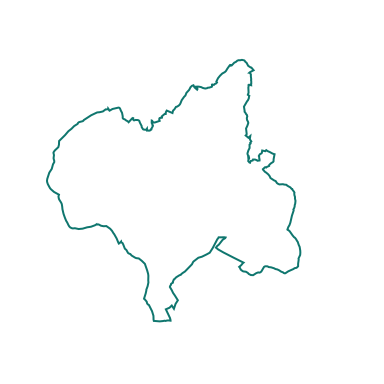 SIC, Cluj, Romania, rotated 325°
{"feature_id": "2599482B87199610196685", "entity_name": "SIC", "entity_type": "district", "adm_level": 2, "iso_a3": "ROU", "parent_name": "Romania", "parent_adm1": "Cluj", "projection": "mercator", "projection_center": [23.908, 46.924], "detail": "fine", "context": "isolated", "style": "outline", "palette": "teal", "viewbox_px": 384, "rotation_deg": 325, "n_neighbors": 0, "source": "geoboundaries", "source_scale": "gbopen_adm2", "svg_char_len": 6020}
<svg xmlns="http://www.w3.org/2000/svg" viewBox="0 0 384 384"><g transform="rotate(325 192 192)"><path d="M275.6,251.2L275.7,250.1L275.6,247.4L275.8,247.0L275.4,246.6L275.2,244.6L274.2,242.6L273.6,241.2L273.5,240.3L271.6,238.6L271.0,237.8L267.9,235.9L267.0,234.3L266.7,233.2L266.8,231.0L266.0,229.8L264.3,225.6L264.7,223.6L264.6,221.4L263.9,218.7L263.3,217.2L263.0,214.3L263.1,214.0L266.0,213.6L266.3,213.7L266.8,214.5L267.8,214.4L270.1,214.9L270.5,214.3L271.0,214.1L272.9,213.8L275.7,213.9L276.3,213.7L277.8,211.8L281.3,208.4L280.6,207.6L279.8,206.3L278.7,204.0L277.3,201.7L276.8,200.3L275.4,200.6L273.3,198.3L271.8,199.9L271.1,200.2L269.2,200.0L267.4,200.8L267.3,201.0L267.3,201.6L266.4,202.9L266.2,203.8L265.4,204.9L263.5,203.9L263.4,203.2L262.2,201.5L260.6,200.4L259.8,201.0L257.9,200.3L256.8,200.9L256.4,201.3L256.0,200.9L255.8,198.9L256.7,198.0L258.2,197.1L258.7,195.9L257.9,196.0L258.8,194.4L259.3,192.6L259.8,192.0L262.0,190.3L264.4,189.0L266.3,186.2L267.8,185.9L267.9,185.1L269.6,184.6L269.6,182.6L269.9,181.6L271.8,179.6L269.3,179.9L268.4,176.5L269.6,176.3L270.2,175.6L272.7,171.0L275.3,169.5L277.5,167.9L277.9,167.4L278.2,166.4L278.4,164.7L278.6,164.2L279.3,162.9L280.7,161.7L281.2,160.1L281.0,159.3L281.2,157.7L281.1,156.4L281.6,155.8L283.5,151.9L289.3,149.2L290.3,149.0L292.2,147.9L293.5,146.5L294.1,146.1L293.5,144.4L295.3,143.1L298.1,138.7L299.0,137.9L299.6,136.8L300.2,136.8L301.7,138.5L302.5,137.2L302.8,137.1L304.3,134.9L304.5,134.2L305.2,133.6L306.5,131.1L307.7,129.4L307.7,127.6L307.3,127.2L308.0,127.1L312.3,127.6L312.0,124.1L311.5,123.7L310.4,120.9L310.8,117.4L310.4,116.1L310.4,114.5L310.3,114.2L308.7,112.4L307.0,111.7L305.8,110.8L304.5,110.4L302.6,110.6L300.8,110.3L297.1,111.1L296.4,110.8L296.7,110.3L296.1,109.8L295.2,110.0L291.8,111.2L289.1,112.4L287.6,112.6L284.7,112.3L281.7,112.8L278.6,113.7L275.3,115.5L275.3,116.6L273.9,116.9L272.7,116.6L271.4,116.8L270.2,115.5L269.8,115.6L269.6,116.0L270.1,116.1L270.0,116.3L268.5,117.2L265.8,116.3L264.9,115.7L263.9,115.6L262.3,114.9L261.5,114.1L260.5,112.9L259.7,111.4L258.5,110.1L257.4,109.1L255.8,108.1L255.6,109.1L255.8,109.9L255.4,110.2L255.5,110.8L254.9,111.1L254.1,107.9L254.1,107.2L254.4,105.4L252.9,105.0L250.9,105.3L248.3,106.7L244.3,107.6L241.9,109.2L240.1,109.5L236.2,110.9L233.3,112.8L232.3,113.3L230.7,113.6L228.7,113.5L227.7,113.1L224.7,114.3L223.8,114.3L223.0,114.6L221.3,116.1L218.0,110.8L216.4,111.6L215.2,113.0L214.4,112.4L210.9,112.7L210.5,112.8L210.3,113.6L210.0,113.9L208.0,112.9L207.5,113.0L206.9,113.6L206.3,115.2L201.3,113.7L200.1,112.6L200.2,110.7L200.0,110.4L198.6,112.3L198.6,113.5L198.0,114.2L198.2,115.0L197.8,115.5L195.3,116.8L194.0,117.2L194.1,117.5L192.8,117.5L191.9,117.1L191.8,116.8L190.4,115.9L191.4,114.3L190.3,114.7L189.8,114.5L188.4,113.3L187.9,112.6L188.0,110.0L188.6,109.0L189.1,105.3L189.6,103.6L189.4,102.7L188.9,102.0L187.1,100.6L185.6,100.1L185.5,99.7L185.3,99.1L185.4,98.8L186.7,97.2L185.8,97.6L185.2,97.7L185.0,97.4L180.1,98.5L180.0,97.5L179.6,96.6L179.0,95.4L178.7,94.2L177.7,92.6L177.7,91.6L178.7,90.2L180.1,87.0L180.4,84.5L180.9,82.4L180.8,81.4L180.2,80.7L174.5,78.4L171.1,78.1L171.0,77.4L171.2,76.3L171.2,75.5L170.9,75.8L169.7,75.6L168.7,74.8L165.2,74.9L162.2,73.7L159.9,72.4L153.4,71.3L144.6,71.0L143.9,71.3L143.1,71.3L139.6,70.0L138.5,70.0L137.3,70.6L133.3,70.4L129.5,71.1L125.6,71.3L120.6,72.6L112.4,74.0L110.1,77.0L108.2,78.6L103.4,79.3L101.3,80.1L100.9,80.6L100.1,82.6L98.0,84.9L97.6,85.8L97.0,87.5L96.3,88.5L94.0,89.6L90.4,92.6L86.2,94.3L81.0,98.2L79.6,99.7L79.0,100.9L78.4,102.9L77.9,107.2L78.0,108.8L79.0,112.8L81.5,117.9L80.1,119.0L79.3,120.6L78.9,121.9L78.7,125.7L78.4,127.2L77.3,129.5L76.0,131.8L74.2,136.3L73.1,140.3L72.4,143.4L72.3,145.3L71.8,148.3L71.7,149.8L71.9,151.1L72.7,152.6L73.5,153.5L75.3,154.5L78.0,157.4L78.6,157.7L81.4,159.3L85.9,160.8L89.3,162.5L93.4,163.6L95.3,163.7L95.2,164.0L96.9,165.0L98.1,167.4L99.9,169.3L102.3,170.8L103.9,175.2L104.2,177.9L104.0,181.1L104.1,181.8L103.6,186.9L102.6,191.3L102.5,192.3L103.6,192.3L105.5,191.9L105.1,192.7L105.6,193.4L105.8,193.9L105.6,195.4L104.5,199.9L105.0,201.8L104.7,204.7L104.7,205.5L105.2,206.5L105.9,207.5L106.1,209.4L107.8,213.3L108.4,214.2L110.3,215.9L111.4,219.6L112.2,223.8L110.3,230.5L109.1,233.9L108.2,235.6L105.4,239.4L104.4,241.1L101.5,243.8L98.6,245.8L98.0,246.6L95.8,248.6L91.5,251.9L91.5,252.2L91.7,252.6L92.0,255.8L91.5,257.0L91.3,257.9L91.5,259.1L91.9,259.9L90.9,266.7L89.4,271.3L87.3,274.5L86.8,275.7L91.4,279.5L94.3,281.1L95.7,281.7L96.3,282.4L97.9,283.0L99.3,283.9L100.6,285.1L100.9,284.7L101.7,282.6L103.3,273.1L107.2,273.9L110.3,273.4L110.2,277.3L114.4,274.2L118.3,272.6L118.6,266.8L118.6,263.8L119.1,260.9L119.4,257.1L120.3,256.4L121.6,255.9L122.1,255.3L122.6,255.2L124.4,255.3L125.0,254.4L126.2,253.8L126.9,253.2L127.7,253.3L130.1,252.8L134.0,253.0L135.4,253.4L136.2,253.1L138.1,253.0L140.6,253.1L150.5,251.2L152.7,250.0L153.5,249.8L159.5,249.5L163.0,250.7L168.1,251.5L171.7,251.9L176.8,249.8L185.7,245.2L186.9,244.9L187.8,244.4L192.6,247.7L193.4,248.5L192.8,248.8L189.8,248.7L183.9,250.5L181.5,250.7L179.7,251.3L180.5,254.1L183.1,259.6L188.6,270.0L193.7,279.4L192.7,279.5L190.2,280.2L187.7,280.4L187.8,281.3L187.4,283.6L188.1,285.8L188.5,286.5L190.4,288.2L191.3,290.2L191.5,291.7L192.6,293.8L194.4,295.2L197.8,295.3L199.3,295.6L200.2,295.9L200.8,296.6L201.9,297.0L203.2,296.9L208.0,294.7L208.8,294.7L209.8,295.1L211.3,296.3L211.7,297.4L213.6,299.1L215.5,301.6L216.2,303.0L217.5,304.4L218.5,306.2L219.3,308.3L220.5,310.1L220.7,311.0L221.2,311.7L221.9,312.1L225.4,312.2L231.1,313.3L232.2,313.2L234.0,314.0L234.9,314.0L236.3,313.7L237.8,311.6L240.6,308.6L241.1,307.6L244.5,305.6L245.9,303.9L247.0,302.2L248.7,298.7L249.1,296.5L250.0,293.5L250.0,291.7L250.2,290.7L250.1,288.5L249.7,287.6L249.5,285.2L249.5,280.1L249.0,278.3L248.6,277.8L248.6,277.5L250.7,276.0L252.9,275.0L255.0,273.5L260.3,268.7L264.6,265.5L264.9,265.1L265.0,264.5L266.7,263.6L267.8,262.7L268.7,261.6L269.8,260.8L271.7,258.6L272.6,256.4L273.5,255.2L274.1,253.3L274.9,251.9L275.6,251.2Z" fill="none" stroke="#0f766e" stroke-width="2"/></g></svg>